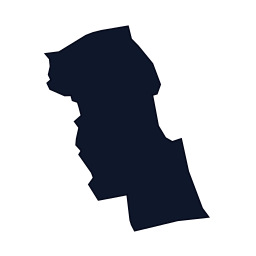 Russell, Virginia, United States of America, rotated 278°
{"feature_id": "52423323B37698744608843", "entity_name": "Russell", "entity_type": "district", "adm_level": 2, "iso_a3": "USA", "parent_name": "United States of America", "parent_adm1": "Virginia", "projection": "equal_earth", "projection_center": [-82.083, 36.926], "detail": "fine", "context": "isolated", "style": "filled", "palette": "ink", "viewbox_px": 256, "rotation_deg": 278, "n_neighbors": 0, "source": "geoboundaries", "source_scale": "gbopen_adm2", "svg_char_len": 695}
<svg xmlns="http://www.w3.org/2000/svg" viewBox="0 0 256 256"><g transform="rotate(278 128 128)"><path d="M52.6,108.7L62.0,136.4L37.0,143.0L32.7,145.0L27.2,148.9L43.4,190.0L51.1,220.2L58.7,212.7L93.3,193.8L124.7,182.2L120.5,173.8L123.4,166.4L134.3,157.6L164.0,147.6L165.9,151.9L175.6,153.9L195.1,143.3L210.6,126.5L216.5,118.8L228.8,113.9L220.7,88.4L217.4,80.2L213.7,73.5L193.6,49.1L190.0,35.8L185.5,40.8L178.2,42.6L169.7,41.9L165.0,45.0L161.2,41.7L155.6,45.4L151.3,60.8L152.4,67.1L147.6,69.2L146.6,74.5L142.0,76.7L133.8,80.1L127.0,74.2L121.6,79.5L110.1,78.6L104.0,78.9L98.9,85.0L94.9,83.2L78.8,98.2L73.9,100.8L66.6,97.0L52.6,108.7Z" fill="#0f172a" stroke="#020617" stroke-width="1.5"/></g></svg>